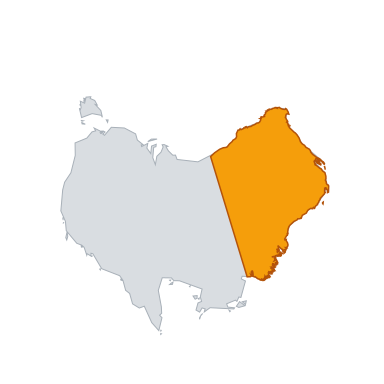 Western Australia on a map of Australia (Albers equal-area conic projection), rotated 160°
{"feature_id": "AUS-2651", "entity_name": "Western Australia", "entity_type": "State", "adm_level": 1, "iso_a3": "AUS", "parent_name": "Australia", "parent_adm1": "", "projection": "albers", "projection_center": [121.445, -24.431], "detail": "fine", "context": "in_parent", "style": "filled", "palette": "amber", "viewbox_px": 384, "rotation_deg": 160, "n_neighbors": 0, "source": "natural_earth", "source_scale": "10m", "svg_char_len": 9387}
<svg xmlns="http://www.w3.org/2000/svg" viewBox="0 0 384 384"><g transform="rotate(160 192 192)"><path d="M274.5,83.0L275.9,101.0L281.2,101.0L286.1,107.2L285.3,118.0L288.0,122.3L287.1,132.5L288.6,138.1L303.1,150.8L306.3,167.9L307.9,169.0L308.8,166.3L311.7,169.9L312.5,168.6L312.3,176.9L313.8,179.8L317.8,183.2L323.4,198.6L321.0,207.6L321.7,219.1L312.8,238.2L308.3,244.8L299.2,251.5L289.2,266.3L285.1,278.1L272.4,278.6L265.4,282.7L261.6,282.4L262.1,285.6L257.0,280.2L258.0,279.4L257.8,278.2L256.7,278.0L254.4,279.5L253.2,278.1L255.9,276.8L254.8,275.2L245.7,280.4L233.7,275.3L225.1,265.9L225.6,259.5L221.7,253.1L223.6,253.6L223.8,251.9L216.9,252.8L219.4,248.7L217.6,242.2L214.3,249.0L209.3,249.1L210.4,246.9L212.7,247.1L217.1,237.7L217.1,230.2L212.8,237.6L207.5,240.0L203.7,244.2L203.9,246.6L202.0,246.1L199.0,243.2L201.0,243.4L200.1,238.7L197.5,233.2L194.9,232.3L194.9,227.7L176.1,218.3L142.8,222.6L132.1,227.6L127.4,234.2L104.7,234.6L92.6,242.8L84.3,242.6L74.8,237.6L74.4,232.1L76.7,232.9L78.6,229.5L78.2,218.4L73.9,210.1L72.0,199.6L59.9,178.1L64.3,180.2L61.4,173.6L63.4,177.5L66.8,178.5L60.7,164.9L63.7,145.6L64.8,150.0L68.4,144.9L81.8,135.6L86.7,135.9L111.5,127.2L121.0,116.1L120.4,108.8L125.5,103.6L129.6,111.8L131.9,107.3L129.2,104.1L130.1,102.1L138.4,103.6L135.8,102.8L137.6,99.6L136.2,96.8L140.7,96.5L139.1,94.4L142.9,94.2L141.7,91.2L145.0,87.9L145.2,89.9L147.8,89.7L148.2,85.9L151.9,87.4L154.4,84.4L158.4,86.7L163.5,92.3L162.4,96.5L166.2,92.6L173.7,95.7L175.4,93.5L172.2,90.1L182.1,76.2L183.9,77.3L187.2,73.9L188.2,75.5L197.7,75.1L197.7,71.6L191.6,68.6L192.7,67.8L214.6,77.1L221.5,75.1L219.6,77.7L222.2,79.6L225.9,76.5L228.6,79.7L224.3,85.7L220.4,85.9L220.1,90.5L215.7,97.4L234.2,112.9L239.4,114.9L240.7,118.3L249.3,121.6L257.3,111.1L260.1,94.5L262.0,88.4L264.6,87.3L263.2,84.2L270.6,73.1L274.5,83.0ZM250.4,294.7L259.0,299.8L270.3,299.7L269.2,309.3L268.8,307.5L267.3,309.3L265.9,315.5L262.5,312.2L259.1,317.4L254.5,316.1L255.7,314.7L252.1,311.3L251.3,306.1L253.0,307.3L249.8,299.8L250.4,294.7ZM181.0,67.0L187.5,67.5L189.4,69.4L184.8,72.7L181.0,67.0ZM206.7,253.7L216.3,254.5L212.0,255.6L206.7,253.7ZM225.7,90.2L226.6,93.9L222.6,92.9L223.6,90.4L225.7,90.2ZM323.2,197.0L323.9,192.8L326.1,189.8L326.2,192.3L323.2,197.0ZM269.1,292.2L272.0,293.6L271.8,295.0L269.1,292.2ZM180.2,68.0L182.3,71.7L178.2,71.2L180.2,68.0ZM247.9,289.1L246.2,288.4L247.5,286.3L247.9,289.1ZM244.7,112.7L242.6,113.5L240.7,113.8L241.9,111.9L244.7,112.7ZM59.8,177.1L58.3,175.2L58.0,173.3L58.3,173.2L59.8,177.1ZM270.9,296.1L271.9,297.3L269.8,296.1L270.9,296.1ZM313.4,177.7L314.8,178.0L314.4,179.8L313.4,177.7ZM287.6,132.4L289.1,133.8L288.7,134.4L287.6,132.4ZM261.8,315.6L261.7,317.1L260.6,316.4L261.8,315.6ZM322.7,209.6L322.3,211.8L322.2,211.8L322.7,209.6ZM197.6,68.1L196.6,67.0L197.4,66.6L197.6,68.1ZM228.0,71.1L226.2,72.7L228.4,69.8L228.0,71.1ZM323.5,206.9L322.7,207.5L323.3,206.8L323.5,206.9ZM226.7,104.1L225.8,104.4L226.4,103.6L226.7,104.1ZM222.5,89.7L221.4,89.8L222.2,88.8L222.5,89.7ZM73.0,136.0L72.8,137.5L72.3,137.4L73.0,136.0ZM268.8,72.0L268.6,73.2L268.3,72.3L268.8,72.0ZM256.6,278.6L256.8,279.3L256.5,279.1L256.6,278.6ZM225.8,73.2L223.5,74.2L225.8,72.9L225.8,73.2ZM141.8,89.4L141.0,90.3L141.6,89.3L141.8,89.4ZM262.7,314.6L262.0,314.8L262.5,314.2L262.7,314.6ZM243.2,116.8L242.1,116.6L242.8,116.0L243.2,116.8ZM137.4,95.8L136.8,96.3L136.8,95.1L137.4,95.8ZM267.6,312.2L266.8,312.4L267.2,311.6L267.6,312.2ZM270.1,68.9L269.8,69.7L269.2,69.2L270.1,68.9ZM256.0,279.5L256.7,280.3L255.4,279.9L256.0,279.5ZM305.1,151.1L304.3,151.0L304.8,150.1L305.1,151.1ZM308.2,166.0L307.8,166.0L308.3,165.3L308.2,166.0ZM251.0,293.6L250.7,294.2L250.6,293.4L251.0,293.6Z" fill="#d9dde1" stroke="#a8b0b8" stroke-width="1"/><path d="M162.4,218.9L157.4,221.1L151.4,222.7L147.6,222.9L144.5,222.2L143.4,222.4L140.3,224.4L136.9,225.7L135.9,226.6L132.6,227.3L131.2,228.7L130.3,231.7L127.6,234.4L126.7,234.0L125.2,234.9L125.0,234.1L124.4,233.8L121.8,234.0L121.5,234.5L120.2,234.1L119.7,234.5L119.7,234.9L118.7,234.9L118.5,234.0L118.1,233.4L116.8,234.0L113.9,233.4L112.9,233.8L109.1,234.0L108.1,234.6L105.7,234.2L104.4,234.7L103.0,235.9L102.4,237.2L102.9,237.7L102.0,237.6L101.8,238.5L101.4,238.1L100.9,238.8L100.2,238.4L98.5,238.2L98.8,238.6L97.8,239.0L97.8,239.6L96.1,240.4L95.8,241.6L94.4,242.0L94.6,242.5L94.1,242.3L92.4,242.6L93.4,243.0L93.0,243.3L91.5,242.8L91.1,243.5L89.4,242.6L88.4,242.6L88.1,243.0L85.6,242.7L85.0,243.0L83.5,242.3L84.2,242.2L83.4,241.6L83.4,242.1L80.9,241.6L80.5,240.6L78.5,238.8L76.5,237.8L75.8,237.8L75.5,238.3L74.8,237.5L74.3,234.6L74.4,232.1L75.7,233.0L76.8,232.8L77.7,231.9L78.3,230.4L78.7,230.3L78.8,230.1L78.7,229.5L78.5,230.2L78.5,228.3L77.9,225.6L78.5,224.5L78.2,225.6L78.7,226.5L78.3,225.3L79.0,225.1L78.6,224.7L78.7,223.1L78.3,222.7L78.6,222.6L78.8,222.0L78.4,219.0L75.6,213.3L74.7,212.1L73.8,209.9L72.9,206.2L72.9,202.1L71.9,199.4L70.3,197.4L69.7,195.1L67.1,192.1L66.6,190.3L66.8,189.0L65.8,186.2L62.8,181.6L60.9,179.8L59.7,177.9L60.5,178.4L60.6,176.6L60.9,178.7L61.3,179.5L61.0,176.7L61.3,178.0L61.7,177.8L62.0,180.2L62.3,178.7L62.6,180.8L62.9,179.8L63.3,181.4L64.2,181.0L64.6,180.4L64.6,179.0L63.9,178.3L63.2,178.2L62.5,177.2L62.3,176.1L61.3,174.6L61.8,172.9L61.9,173.6L63.3,175.0L63.6,175.6L63.5,178.0L64.0,178.0L64.3,177.4L64.2,176.0L64.6,176.3L64.7,177.3L65.5,179.3L66.1,179.7L66.9,178.7L66.5,176.2L67.0,176.2L66.9,175.1L66.2,174.8L63.6,170.3L62.8,169.8L62.1,167.0L60.5,164.8L60.8,161.0L61.6,158.8L62.6,157.5L62.4,155.3L62.8,154.4L62.7,153.5L62.3,152.5L61.6,152.0L61.5,150.9L63.8,145.2L64.8,145.1L64.2,147.7L64.5,148.9L64.9,148.8L64.7,150.2L65.1,150.3L65.8,149.7L66.1,150.0L67.1,147.5L67.0,146.3L67.4,146.6L68.0,145.1L73.6,142.2L74.5,140.9L75.8,140.1L76.6,138.8L78.1,138.1L78.3,137.2L80.1,136.8L81.8,135.6L82.4,134.7L82.7,134.7L82.4,135.6L82.9,136.0L84.9,135.1L85.1,135.6L86.0,136.0L88.5,135.5L89.6,135.1L91.8,133.1L96.3,132.4L98.3,130.0L98.7,130.3L98.9,130.0L100.8,130.2L101.7,130.7L102.7,129.9L106.2,129.5L111.2,127.4L112.9,126.2L114.4,124.3L116.0,121.2L115.8,120.5L116.9,120.1L116.6,119.5L117.2,118.7L117.9,118.7L121.0,116.1L121.0,115.1L119.7,115.1L120.0,114.6L120.0,113.1L119.6,112.0L119.8,109.7L120.5,108.4L122.0,107.6L121.9,107.2L122.8,107.6L122.3,106.8L122.7,106.2L124.4,106.2L123.9,105.6L124.0,104.9L124.9,104.2L125.1,103.5L125.9,103.2L125.7,103.5L126.1,103.9L125.7,103.9L125.4,104.7L126.0,105.5L126.7,105.5L126.4,106.1L126.8,106.4L126.7,107.2L127.5,108.0L129.7,112.3L129.7,110.6L130.3,109.3L129.8,108.6L129.9,107.8L132.2,109.5L131.3,107.9L131.8,108.1L131.7,107.5L132.5,106.6L132.4,106.4L132.1,106.9L131.3,107.1L130.8,106.0L129.4,105.3L130.1,104.5L129.4,104.7L128.8,104.1L129.3,104.2L129.1,103.9L130.3,104.4L129.9,104.2L130.4,104.1L129.4,103.5L130.8,103.7L130.3,103.2L130.8,103.3L130.8,102.9L129.6,102.4L129.8,101.8L131.0,101.5L131.5,101.9L131.3,102.0L131.6,102.3L131.0,102.4L131.9,102.9L131.9,103.7L132.1,103.0L132.8,103.3L132.6,102.7L132.8,102.6L132.3,102.1L133.8,102.5L134.5,103.5L135.3,103.6L135.7,103.2L139.2,103.8L137.9,103.2L135.8,103.0L135.6,102.2L136.1,101.0L136.7,101.9L137.2,101.4L137.3,99.8L138.2,99.2L137.4,99.2L136.4,100.6L136.1,99.3L135.9,99.6L135.7,98.2L136.1,97.8L135.7,97.0L136.2,97.0L136.4,96.6L137.5,96.9L137.6,96.3L137.9,96.7L138.3,95.9L137.9,95.8L137.8,95.0L138.5,95.3L138.4,95.7L138.8,95.4L139.0,95.8L139.7,95.9L140.2,96.4L140.1,96.8L140.6,97.0L140.7,96.6L141.5,97.1L140.8,96.4L141.3,95.6L140.5,95.3L139.7,95.8L139.4,95.4L140.7,94.5L139.3,95.1L139.1,94.4L139.4,94.0L140.1,94.2L140.4,94.0L140.3,93.0L140.9,93.1L140.7,93.5L141.2,93.6L141.5,94.5L141.4,93.5L141.5,93.4L142.4,94.3L143.4,94.4L142.9,93.7L143.4,93.4L141.7,92.9L142.6,92.5L141.8,92.1L141.3,91.3L142.6,90.6L142.1,90.4L142.9,89.6L142.9,90.4L143.2,89.9L143.6,90.7L144.0,89.6L144.7,90.0L144.7,87.8L145.8,88.0L145.6,88.5L145.2,88.5L145.4,89.7L145.0,90.7L145.7,89.0L145.7,89.5L146.6,89.4L146.4,90.4L147.0,90.8L147.1,89.9L147.9,89.8L147.5,88.9L148.1,88.7L148.2,87.8L148.8,87.6L148.7,86.8L147.7,86.6L147.6,86.0L148.5,86.3L147.9,85.5L148.5,85.3L148.5,85.5L148.9,85.5L148.6,86.2L149.4,85.8L149.0,86.7L149.3,86.7L149.1,87.3L149.8,87.8L150.2,87.5L149.9,87.2L150.2,86.6L150.9,86.0L151.9,85.8L151.0,86.8L151.6,86.7L151.3,87.0L151.9,87.3L152.1,87.9L152.5,86.7L152.8,87.1L153.1,86.8L152.9,86.1L154.0,85.9L153.3,84.7L153.8,84.6L154.0,85.0L154.2,84.8L154.0,84.5L154.8,84.3L155.6,85.1L155.5,85.5L156.0,86.1L156.3,85.5L156.5,86.0L156.8,85.6L157.5,86.2L157.5,85.7L158.1,86.0L158.3,86.9L159.8,87.9L161.7,90.9L162.2,90.8L163.7,92.0L163.4,92.3L163.4,92.8L162.9,93.0L162.2,96.2L162.4,97.1L162.0,97.7L162.6,97.2L162.8,95.4L163.9,97.1L163.4,94.5L164.3,93.4L164.5,94.4L164.6,94.0L165.0,94.5L164.9,92.7L165.9,92.4L169.2,93.4L162.4,218.9ZM59.5,176.3L60.0,177.7L58.2,175.1L57.8,173.3L58.1,172.9L58.4,173.0L59.5,175.9L59.3,176.5L59.5,176.3ZM73.2,136.5L72.9,137.4L72.2,137.6L73.0,136.0L73.2,136.5ZM137.2,95.6L137.7,96.1L136.8,96.4L137.2,95.9L136.3,95.8L137.2,95.0L137.2,95.6ZM141.5,89.2L141.9,90.3L141.4,90.7L141.1,89.9L141.4,90.0L141.5,89.2ZM164.6,93.2L165.1,94.5L164.6,93.8L164.6,93.2ZM162.9,94.4L163.3,95.0L163.3,95.5L162.8,95.1L162.9,94.4ZM58.7,171.3L58.7,169.7L58.9,169.3L58.7,171.3ZM59.0,168.4L58.9,169.2L59.1,167.4L59.0,168.4ZM136.0,95.2L136.2,95.4L135.5,95.4L136.0,95.2ZM139.8,92.8L139.8,93.5L139.3,93.0L139.8,92.8ZM151.5,85.3L151.8,85.3L152.2,85.5L151.5,85.5L151.5,85.3ZM76.7,220.9L77.2,220.7L77.4,220.8L76.7,220.9ZM78.1,221.8L78.3,222.3L78.3,222.5L78.2,222.4L78.1,221.8Z" fill="#f59e0b" stroke="#b45309" stroke-width="1.5"/></g></svg>